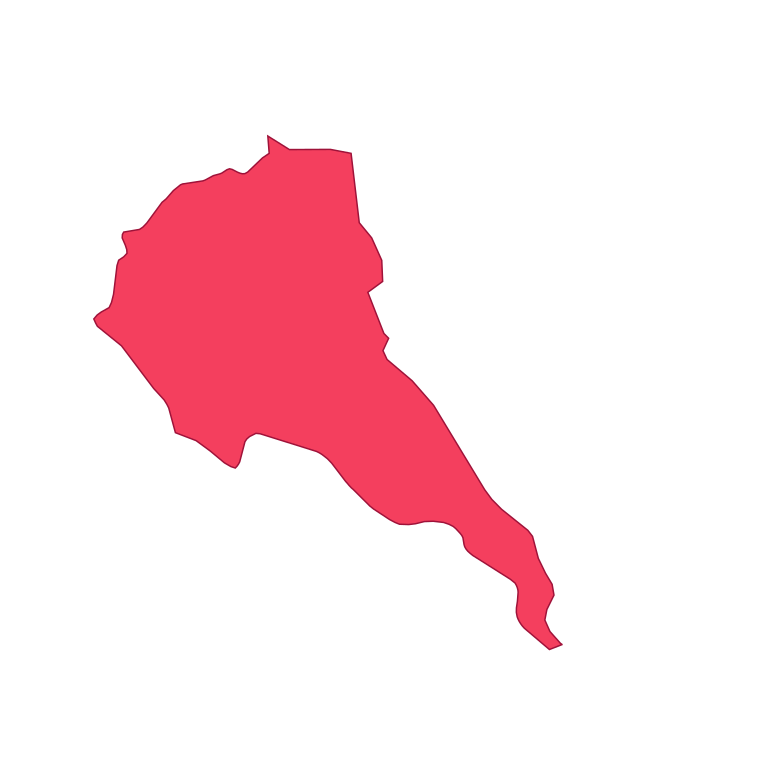 the border of San Vicente, rotated 307°
{"feature_id": "SLV-1353", "entity_name": "San Vicente", "entity_type": "Department", "adm_level": 1, "iso_a3": "SLV", "parent_name": "El Salvador", "parent_adm1": "", "projection": "equal_earth", "projection_center": [-88.756, 13.536], "detail": "fine", "context": "isolated", "style": "filled", "palette": "rose", "viewbox_px": 768, "rotation_deg": 307, "n_neighbors": 0, "source": "natural_earth", "source_scale": "10m", "svg_char_len": 1825}
<svg xmlns="http://www.w3.org/2000/svg" viewBox="0 0 768 768"><g transform="rotate(307 384 384)"><path d="M283.5,683.3L271.5,675.9L273.4,643.2L274.0,640.1L274.8,637.4L275.8,634.8L276.9,632.6L278.2,630.5L281.3,627.1L284.9,624.5L290.8,621.3L298.3,616.5L300.0,615.0L301.6,613.0L302.8,611.0L303.9,608.5L304.1,602.4L300.5,558.2L300.6,554.7L300.9,551.5L301.6,548.7L302.6,546.4L304.0,544.5L308.8,539.5L309.9,537.2L310.6,534.5L311.7,528.4L311.9,525.0L311.1,520.4L309.3,514.9L304.0,505.9L298.4,499.0L291.4,493.3L286.6,488.3L281.3,480.7L280.1,476.2L279.1,470.0L277.9,451.2L278.0,446.3L281.3,422.6L281.3,422.3L281.4,420.6L282.0,417.1L282.6,414.6L283.1,412.0L289.3,389.9L290.3,383.7L290.4,376.8L290.1,373.6L289.5,370.6L269.7,315.0L267.5,311.4L261.2,308.3L257.5,307.5L254.2,307.7L235.0,315.6L232.5,316.0L229.9,316.1L227.4,315.8L225.9,311.4L225.0,304.0L225.9,285.7L225.7,268.0L219.6,246.7L235.3,226.5L237.1,222.9L239.0,217.9L241.8,202.8L256.5,151.4L257.6,120.4L259.1,117.1L261.3,113.1L266.5,113.4L271.2,114.8L279.6,118.5L285.1,117.3L292.9,114.0L317.9,99.5L323.2,97.6L328.9,99.6L333.7,100.1L336.5,97.7L339.1,94.0L343.1,87.0L346.0,85.1L348.7,84.7L360.3,95.7L364.1,97.0L369.8,97.7L395.5,97.4L400.7,98.6L411.8,99.4L420.6,101.6L422.5,102.7L437.2,117.1L439.2,118.4L447.7,122.3L453.1,126.5L455.0,127.6L460.6,129.6L462.9,131.1L464.0,133.6L465.0,139.5L465.7,142.1L466.7,144.4L468.3,146.3L471.2,147.6L491.5,150.9L499.1,153.5L512.1,142.0L514.3,167.4L539.1,200.0L548.4,218.9L497.9,267.2L493.3,286.2L481.4,307.8L465.1,321.2L447.5,315.9L424.3,353.5L423.3,360.2L410.0,363.1L405.4,371.7L403.5,404.6L396.8,436.5L360.1,528.2L356.7,539.6L354.7,553.3L353.7,586.9L351.7,594.3L337.6,612.2L330.1,626.8L325.2,638.8L317.7,646.8L301.9,649.8L292.3,654.5L286.2,665.5L283.1,680.8L283.1,682.9L283.5,683.3Z" fill="#f43f5e" stroke="#9f1239" stroke-width="1.5"/></g></svg>